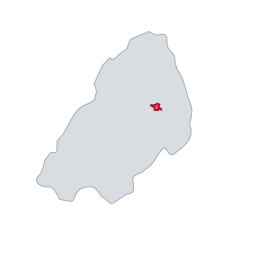 Chhubu, Punakha, Bhutan shown in context, rotated 125°
{"feature_id": "84629894B89279896100925", "entity_name": "Chhubu", "entity_type": "district", "adm_level": 2, "iso_a3": "BTN", "parent_name": "Bhutan", "parent_adm1": "Punakha", "projection": "natural_earth1", "projection_center": [89.837, 27.663], "detail": "fine", "context": "in_parent", "style": "filled", "palette": "rose", "viewbox_px": 256, "rotation_deg": 125, "n_neighbors": 0, "source": "geoboundaries", "source_scale": "gbopen_adm2", "svg_char_len": 3041}
<svg xmlns="http://www.w3.org/2000/svg" viewBox="0 0 256 256"><g transform="rotate(125 128 128)"><path d="M199.2,110.1L198.9,111.7L197.2,116.0L196.2,120.6L197.1,124.4L200.8,128.9L205.8,132.5L212.1,132.8L217.9,131.4L220.3,132.0L223.5,138.0L225.7,143.2L222.7,148.6L221.1,153.3L220.5,156.7L220.9,158.1L222.8,160.9L225.0,165.5L225.3,169.7L223.9,172.6L220.9,174.0L217.7,173.6L215.1,173.6L211.8,174.1L206.6,175.7L201.8,177.7L192.8,177.3L189.2,173.1L187.5,173.1L179.3,178.6L170.3,177.6L154.1,179.4L147.3,179.9L140.3,179.2L136.8,178.1L130.2,174.3L124.2,171.5L118.2,174.0L116.1,174.5L111.2,181.1L100.7,183.2L90.2,184.8L87.1,183.9L81.2,183.5L81.0,182.0L81.1,180.5L79.8,179.3L77.4,178.1L73.3,177.6L68.0,176.0L64.9,174.4L54.2,176.7L47.9,173.3L40.8,168.5L37.2,166.5L35.9,159.1L34.6,156.8L31.8,154.3L30.3,151.3L31.5,148.3L38.6,142.7L39.2,141.4L42.5,131.0L47.1,127.2L51.6,121.9L55.0,113.5L61.5,104.9L68.7,96.1L73.7,88.9L77.0,85.6L83.7,82.0L89.4,79.9L93.3,75.1L98.0,72.4L102.9,71.2L110.0,71.8L116.8,73.6L124.3,75.9L125.1,77.9L124.5,81.3L123.4,84.8L123.4,86.5L124.5,87.5L131.8,88.2L140.7,87.6L145.7,88.1L156.8,91.3L160.1,93.5L163.5,95.3L166.8,95.0L171.0,91.3L175.4,88.1L178.2,87.6L180.2,88.6L183.7,91.6L191.1,94.4L197.6,96.6L199.8,98.6L199.1,107.2L199.2,110.1Z" fill="#d9dde1" stroke="#a8b0b8" stroke-width="1"/><path d="M93.9,111.3L93.7,111.5L93.3,111.7L93.2,112.0L93.2,112.3L93.3,112.4L93.3,112.5L93.5,112.7L93.5,112.8L93.4,112.9L93.4,113.0L93.4,113.3L93.4,113.5L93.4,113.8L93.5,113.8L93.5,114.0L93.5,114.3L93.4,114.3L93.3,114.5L93.2,114.6L93.1,114.8L92.9,115.0L92.7,115.1L92.4,115.2L92.3,115.3L92.2,115.3L92.0,115.2L91.9,115.2L91.8,115.3L91.7,115.3L91.4,115.5L91.2,115.5L91.2,115.4L90.9,115.4L90.9,115.5L90.9,115.8L90.8,116.0L90.7,116.2L90.7,116.3L90.8,116.4L90.8,116.5L90.9,116.8L90.8,117.0L90.8,117.3L90.8,117.5L90.9,117.8L91.0,117.9L91.1,118.0L91.3,118.0L91.5,118.1L91.6,118.3L91.8,118.4L92.0,118.5L92.3,118.6L92.5,118.6L92.8,118.7L93.0,118.8L93.0,119.0L93.3,119.2L93.5,119.2L93.6,119.3L93.8,119.3L94.0,119.4L94.0,119.6L94.0,119.8L94.3,120.0L94.6,120.1L94.7,120.3L94.8,120.5L95.0,120.7L95.1,120.8L95.3,120.9L95.3,121.0L95.5,121.2L95.5,121.3L95.5,121.5L95.7,121.8L95.8,121.8L95.9,122.0L95.8,122.3L95.9,122.5L96.0,122.5L96.1,122.4L96.3,122.2L96.5,122.1L96.5,121.9L96.4,121.9L96.4,121.7L96.5,121.5L96.5,121.4L96.6,121.2L96.5,120.9L96.4,120.8L96.4,120.7L96.3,120.4L96.3,120.2L96.3,119.9L96.2,119.9L96.1,119.7L96.2,119.4L96.1,119.2L96.0,118.9L96.0,118.7L96.1,118.4L96.3,118.3L96.4,118.2L96.3,117.9L96.6,117.7L96.8,117.6L97.0,117.5L97.1,117.4L97.3,117.2L97.5,117.1L97.8,117.0L97.8,116.9L97.9,116.7L98.0,116.7L98.0,116.4L98.0,116.2L97.9,116.2L97.8,115.9L97.7,115.9L97.5,115.7L97.4,115.7L97.3,115.4L97.2,115.3L97.2,115.2L97.0,114.9L96.9,114.8L96.9,114.6L96.7,114.3L96.7,114.2L96.3,114.0L96.3,113.9L96.2,113.9L95.9,113.8L95.9,113.7L95.8,113.8L95.7,113.8L95.4,113.8L95.1,113.6L94.9,113.5L94.7,113.4L94.4,113.0L94.3,112.9L94.2,112.7L94.2,112.4L94.2,112.2L94.1,111.9L94.1,111.7L93.9,111.5L93.9,111.3Z" fill="#f43f5e" stroke="#9f1239" stroke-width="1.5"/></g></svg>